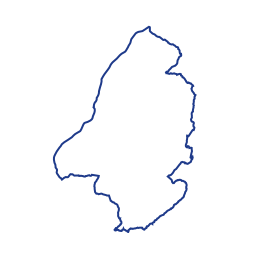 outline of Cantá, Roraima, Brazil, rotated 9°
{"feature_id": "56859067B96809433699135", "entity_name": "Cantá", "entity_type": "district", "adm_level": 2, "iso_a3": "BRA", "parent_name": "Brazil", "parent_adm1": "Roraima", "projection": "natural_earth1", "projection_center": [-60.462, 2.296], "detail": "fine", "context": "isolated", "style": "outline", "palette": "blue", "viewbox_px": 256, "rotation_deg": 9, "n_neighbors": 0, "source": "geoboundaries", "source_scale": "gbopen_adm2", "svg_char_len": 5920}
<svg xmlns="http://www.w3.org/2000/svg" viewBox="0 0 256 256"><g transform="rotate(9 128 128)"><path d="M92.4,103.1L92.6,105.0L92.4,105.9L92.0,107.0L91.3,107.9L90.8,109.9L90.8,111.7L91.0,112.2L90.7,112.9L92.0,114.2L92.3,115.1L92.5,116.4L92.4,118.2L91.5,122.0L91.4,123.7L91.0,124.9L89.8,126.4L87.2,128.3L84.8,129.5L84.1,130.0L83.4,131.5L82.0,136.8L81.3,138.5L76.9,142.1L75.3,144.0L74.1,145.8L70.6,149.1L67.2,152.1L65.2,154.4L64.3,156.6L63.4,158.0L61.3,162.3L60.3,165.2L59.7,167.2L59.5,168.8L59.8,170.9L60.7,173.5L61.1,174.3L61.9,175.4L62.4,177.0L62.7,178.4L64.2,179.9L64.5,180.6L64.5,183.1L64.8,183.7L65.4,184.5L65.9,184.9L66.8,186.0L67.3,186.4L67.9,187.2L68.9,187.8L69.6,188.0L70.8,189.3L72.7,187.2L74.3,186.1L74.9,186.2L76.2,186.0L76.6,185.7L78.2,182.8L78.7,182.5L79.7,182.6L80.5,182.4L81.9,183.2L82.4,183.4L85.8,182.8L86.7,182.5L87.1,183.0L88.1,182.9L89.0,182.5L90.4,182.6L90.9,182.5L92.1,182.8L93.2,182.7L93.6,182.1L94.7,181.9L95.4,181.4L97.1,180.7L97.6,181.0L98.1,181.1L98.8,181.0L99.3,180.7L99.6,179.9L106.6,179.9L106.6,180.9L106.0,182.9L105.3,184.3L105.0,185.4L103.9,187.2L104.0,188.3L103.8,189.0L103.9,191.1L104.3,191.6L104.6,193.4L105.5,196.4L107.0,197.8L108.3,197.6L109.3,198.0L111.8,197.0L112.9,197.1L113.6,197.4L116.7,197.7L117.8,198.0L119.8,197.7L122.3,202.6L122.8,202.6L124.3,203.7L125.5,203.6L126.7,204.5L128.8,205.1L129.6,205.7L130.1,206.6L130.3,207.3L131.2,208.2L131.6,209.0L131.8,210.7L131.4,213.2L131.8,214.7L132.0,216.5L132.7,217.5L133.1,218.2L133.5,218.6L134.3,218.5L134.2,219.0L135.0,220.3L135.1,220.8L135.5,221.0L136.1,221.7L136.4,223.0L136.1,223.9L135.6,224.2L135.6,224.8L135.1,225.2L134.7,226.0L133.8,226.7L133.3,227.5L133.0,228.2L132.3,228.7L131.7,228.7L130.7,230.7L131.4,231.2L132.0,231.1L132.4,230.5L133.0,230.5L133.6,230.2L134.5,230.2L134.9,230.6L135.7,230.8L136.1,230.6L136.7,230.8L137.8,230.7L138.3,229.4L138.8,229.3L139.2,228.8L139.3,228.2L139.7,228.8L140.1,229.0L141.2,229.2L141.9,229.7L142.8,229.8L144.0,230.6L144.5,230.6L144.7,229.6L144.5,228.8L145.5,227.7L145.8,227.2L146.4,226.8L146.8,227.1L147.7,226.7L148.4,226.9L150.4,226.1L151.1,226.0L152.1,225.4L152.6,225.3L153.0,224.9L153.9,225.1L155.2,224.6L157.1,224.3L157.7,224.3L157.9,225.0L159.5,225.8L160.1,225.8L160.4,225.1L161.1,224.2L161.8,224.0L162.0,223.3L161.8,222.8L162.1,222.1L162.9,222.0L163.3,221.7L164.8,219.2L165.9,218.7L166.4,218.6L167.0,218.9L166.9,218.3L167.9,217.1L168.6,216.9L168.8,216.3L168.8,215.4L169.4,214.7L170.1,214.6L170.5,214.2L171.1,212.8L171.6,212.6L172.4,211.7L173.5,210.0L174.0,209.9L174.3,209.4L175.9,208.5L176.7,208.2L177.4,206.5L177.9,206.2L178.4,205.6L179.0,205.1L179.2,204.4L180.3,203.3L181.7,202.4L182.4,201.6L183.1,201.4L183.2,200.6L184.2,200.2L185.1,199.0L185.2,198.3L185.4,197.9L185.5,196.8L186.5,195.9L187.0,195.9L189.2,193.3L189.1,192.8L189.6,192.2L190.4,191.6L190.6,191.1L191.3,190.7L192.0,189.7L192.3,189.1L193.2,188.2L193.5,187.5L193.9,187.1L193.8,186.2L194.5,183.3L194.5,182.4L195.2,180.9L195.4,179.9L195.3,178.5L194.9,178.3L194.7,176.8L194.9,176.0L194.8,175.0L193.9,173.2L193.2,173.0L193.0,172.5L192.6,172.2L191.0,171.8L190.5,171.6L189.3,171.8L188.8,171.2L187.7,171.0L187.2,171.2L186.7,171.1L185.6,171.8L185.0,171.7L184.4,172.4L183.9,172.5L182.4,174.2L182.0,175.2L181.1,175.4L180.1,174.5L179.6,173.2L179.1,172.3L174.9,169.7L176.0,168.3L176.7,168.3L177.4,167.8L177.8,167.6L178.4,166.8L179.4,165.2L180.5,162.3L182.0,160.9L184.8,155.7L185.2,155.3L185.9,153.6L186.9,153.0L187.8,153.2L188.7,153.0L189.8,153.9L190.3,153.4L191.2,154.0L191.7,153.9L192.3,154.1L193.1,153.7L194.0,152.8L195.3,151.7L195.5,151.0L195.6,149.7L196.3,148.7L196.5,147.0L196.2,146.3L195.6,147.3L194.9,147.7L194.4,147.4L194.5,143.9L194.8,140.9L194.3,139.3L194.0,137.7L193.3,137.6L191.7,138.2L191.4,137.4L190.9,136.7L190.0,136.5L189.4,137.9L188.9,137.8L188.1,137.1L187.9,136.5L187.8,135.4L188.3,133.0L188.3,132.4L188.0,131.0L188.1,130.1L188.0,128.0L187.6,126.9L187.6,126.3L188.6,126.4L189.0,126.6L189.3,126.2L191.9,120.4L192.4,119.7L193.2,119.8L193.4,119.2L193.4,118.3L193.6,117.4L193.2,116.8L192.6,116.4L192.3,115.9L192.1,114.4L192.3,112.8L191.7,112.0L190.7,111.7L190.1,111.7L189.6,111.3L188.9,109.9L189.0,109.1L189.5,107.7L189.3,107.0L189.1,105.6L188.7,104.3L188.6,103.3L188.9,102.3L189.6,101.6L189.3,100.3L189.4,98.5L189.5,97.5L189.3,96.1L189.5,95.4L188.7,94.1L189.0,93.1L188.8,91.9L188.9,91.4L188.6,90.3L188.8,89.3L189.2,88.7L189.1,88.1L188.8,87.0L189.5,84.9L188.2,84.3L187.5,83.1L187.1,82.9L186.7,82.4L185.8,81.7L185.0,80.4L184.5,79.1L184.8,78.6L184.9,77.4L185.1,76.8L185.8,76.3L185.4,75.7L183.9,74.9L183.4,74.3L182.9,74.1L182.5,74.3L180.8,73.6L180.3,74.2L179.7,74.2L179.2,73.9L178.8,73.3L178.2,73.1L177.9,72.4L176.9,71.4L176.4,70.7L175.5,70.0L175.1,69.6L173.9,69.4L173.8,68.7L173.4,68.3L172.7,67.9L172.1,67.8L172.0,67.2L171.7,66.5L171.0,66.4L170.1,66.6L168.2,67.7L168.1,67.2L165.5,67.0L165.0,66.8L163.7,67.4L162.4,67.5L161.9,67.2L161.5,67.3L160.7,68.0L159.5,68.0L159.1,67.8L158.7,67.9L158.1,67.6L157.3,67.9L156.8,67.2L157.1,66.7L157.7,66.2L158.5,66.0L159.0,65.6L159.3,64.6L159.7,64.0L160.5,63.0L162.0,60.7L163.7,59.8L164.2,59.3L164.9,59.1L166.1,57.4L166.5,56.4L166.4,53.4L167.0,51.9L167.3,50.2L167.7,49.6L169.0,48.6L169.2,47.8L168.8,46.5L168.2,46.7L167.7,46.3L167.0,44.5L166.9,43.6L166.1,42.5L165.2,42.1L165.0,40.9L164.5,40.4L163.2,40.4L162.6,40.2L161.5,39.3L160.5,39.0L159.2,38.3L157.9,38.7L155.8,38.3L154.8,37.5L154.1,37.4L153.7,36.6L151.6,35.6L151.1,35.1L150.2,35.0L149.7,35.4L149.0,35.5L145.6,33.5L144.4,33.1L143.6,33.3L141.7,32.8L141.1,32.3L139.6,31.4L137.5,30.9L134.7,29.1L134.4,28.6L133.9,25.4L133.6,24.9L132.8,24.8L127.6,29.6L126.9,30.1L123.1,31.5L121.8,32.4L120.8,33.3L117.5,39.5L117.3,40.3L117.0,43.5L116.4,45.2L115.8,46.4L115.4,48.0L113.8,52.1L113.1,53.2L110.0,55.7L108.5,57.5L106.1,61.2L102.6,65.4L101.6,67.0L100.9,68.6L100.2,71.0L99.0,73.5L96.4,78.4L95.4,80.7L94.2,83.9L94.6,86.2L94.5,88.8L94.0,92.2L93.6,96.2L93.8,98.2L93.6,99.9L93.1,101.5L92.4,103.1Z" fill="none" stroke="#1e3a8a" stroke-width="2"/></g></svg>